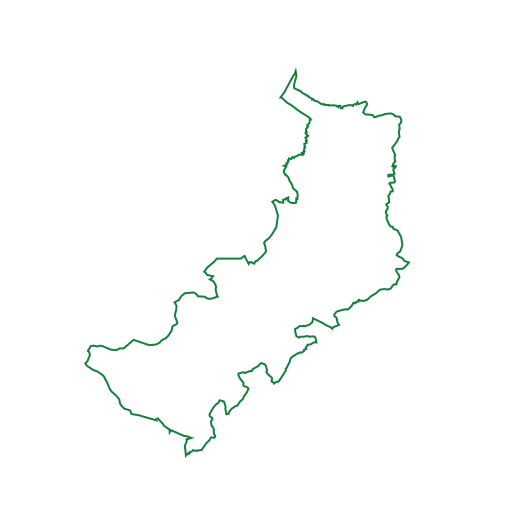 the district of Tequila, Veracruz, Mexico, rotated 319°
{"feature_id": "50627088B92404877637147", "entity_name": "Tequila", "entity_type": "district", "adm_level": 2, "iso_a3": "MEX", "parent_name": "Mexico", "parent_adm1": "Veracruz", "projection": "orthographic", "projection_center": [-97.038, 18.75], "detail": "fine", "context": "isolated", "style": "outline", "palette": "green", "viewbox_px": 512, "rotation_deg": 319, "n_neighbors": 0, "source": "geoboundaries", "source_scale": "gbopen_adm2", "svg_char_len": 6102}
<svg xmlns="http://www.w3.org/2000/svg" viewBox="0 0 512 512"><g transform="rotate(319 256 256)"><path d="M190.8,365.6L203.2,362.1L204.5,360.5L205.4,360.7L207.8,359.7L212.1,357.9L214.2,356.4L216.4,355.8L223.8,356.8L224.2,357.5L226.0,357.6L227.1,358.9L230.1,359.2L230.8,358.3L232.8,359.2L233.4,357.8L236.2,357.3L236.7,356.8L239.1,358.5L243.0,359.1L244.8,360.9L246.9,357.5L247.4,355.3L245.5,353.4L243.2,351.9L242.8,350.7L241.5,349.6L238.9,348.1L236.4,345.9L234.9,345.8L233.9,342.9L236.3,338.3L237.8,336.7L239.9,337.4L242.7,337.4L247.8,341.5L251.1,342.8L254.6,343.0L256.2,342.2L258.1,340.3L262.6,350.9L263.3,353.7L265.3,358.1L265.9,361.0L267.1,360.3L273.5,362.5L274.0,359.5L276.3,355.2L275.7,352.8L276.9,351.4L280.5,350.9L286.3,353.6L289.6,355.7L289.9,356.4L291.5,356.7L295.1,356.5L299.0,355.2L299.6,356.6L300.7,356.4L301.3,356.9L302.0,356.5L303.4,357.5L303.8,356.6L305.1,356.7L305.2,358.1L306.6,359.0L307.3,360.3L311.3,362.0L316.2,361.8L322.6,362.9L325.8,362.7L328.2,363.1L331.4,365.4L333.5,367.8L336.1,368.9L341.2,367.8L343.3,369.5L345.5,367.8L350.1,366.3L351.3,364.6L351.6,361.3L352.4,358.4L353.5,357.9L358.3,361.9L363.9,361.8L367.2,361.2L364.9,357.5L364.9,353.0L363.6,350.9L362.7,347.6L364.3,346.8L367.8,347.1L372.8,344.4L373.9,343.5L378.1,336.7L379.4,330.2L379.3,328.9L377.6,325.8L378.3,323.5L377.1,322.3L376.9,320.7L378.7,314.3L379.9,312.2L381.7,311.7L381.6,310.4L383.0,307.7L386.9,306.3L387.7,305.4L387.7,303.4L388.3,302.5L391.8,302.9L395.5,297.4L398.1,296.8L399.8,295.7L401.4,296.8L401.9,296.7L403.1,294.8L403.3,292.5L404.1,290.5L404.0,289.0L404.6,288.7L405.3,288.8L408.7,291.4L409.9,290.7L411.9,287.0L412.2,285.5L411.6,284.4L408.3,283.2L408.1,282.6L408.8,281.8L409.3,281.6L413.3,284.8L414.5,284.9L416.1,281.0L416.9,280.6L419.3,280.5L420.5,279.9L420.0,278.9L418.0,278.5L417.7,277.9L420.2,276.4L423.3,275.9L423.3,275.2L426.4,271.3L427.2,271.3L429.6,263.8L438.2,261.8L440.8,260.5L442.5,260.2L445.0,256.2L448.1,254.0L450.1,250.9L452.8,250.5L454.8,248.9L455.7,246.4L455.8,245.2L452.7,241.7L452.8,239.5L451.2,236.8L446.6,233.5L444.0,232.7L440.8,230.8L436.6,229.1L436.3,228.9L436.5,226.0L431.5,220.9L431.0,218.0L434.2,216.2L439.4,214.4L440.2,212.3L439.8,211.1L433.1,208.6L433.0,207.7L433.4,206.6L431.2,207.4L431.2,206.7L428.5,205.7L427.6,206.3L426.8,204.6L425.1,203.1L420.6,200.7L419.9,200.4L418.0,201.2L416.9,199.8L418.3,198.2L417.0,196.9L415.7,197.5L415.4,196.7L415.9,196.2L413.8,193.5L409.8,190.2L410.0,189.6L408.8,188.9L407.2,186.6L407.0,187.0L404.7,183.4L403.8,179.6L402.2,177.6L402.1,175.8L401.0,174.9L401.7,174.5L400.3,170.6L400.3,169.5L399.9,169.3L399.7,167.2L398.8,166.1L398.8,165.2L397.9,163.3L397.8,160.7L396.7,159.1L397.0,158.3L396.2,157.5L394.9,154.5L396.9,151.8L404.5,146.8L407.2,142.5L404.3,144.1L401.9,144.6L384.8,151.0L378.4,152.5L379.3,153.4L380.1,161.0L381.6,165.4L383.5,174.6L386.4,184.3L387.3,187.9L386.9,188.8L386.3,188.2L383.3,190.9L380.8,190.7L380.3,192.5L379.1,192.2L378.7,192.9L376.9,193.0L375.9,194.2L375.7,195.7L374.7,195.6L374.7,196.1L373.8,196.2L374.2,199.2L373.4,199.0L373.3,199.6L371.0,199.0L370.1,202.3L369.2,201.8L368.3,203.8L365.9,203.1L364.4,206.1L363.9,205.7L362.2,207.5L361.4,207.6L361.1,209.0L358.8,208.4L359.1,209.3L357.9,209.1L358.9,210.1L357.9,210.5L355.0,207.8L351.9,207.3L350.6,206.5L349.1,207.0L348.3,205.2L346.8,206.0L346.2,205.8L344.9,204.1L344.2,205.1L343.0,204.7L342.8,205.5L342.0,205.5L341.3,206.5L339.8,205.9L339.2,207.2L336.4,206.4L337.4,208.4L333.4,209.7L331.8,211.3L331.8,213.5L331.3,213.7L332.1,216.2L331.8,218.7L330.7,220.9L330.0,226.0L328.4,229.1L329.1,234.4L327.5,237.3L324.6,240.1L324.2,239.1L321.1,242.0L318.8,240.5L317.3,238.8L316.4,235.5L318.8,233.0L316.3,232.1L315.8,232.9L313.5,231.3L311.5,233.6L310.1,231.8L309.1,231.2L308.5,228.5L307.5,226.4L303.9,225.8L303.5,230.1L299.1,239.9L290.3,247.5L283.3,249.9L277.8,251.1L272.7,250.8L270.5,251.6L269.5,254.5L266.5,259.2L261.4,260.1L253.6,260.3L252.2,259.6L249.6,260.6L248.9,259.3L248.7,257.5L247.8,257.4L246.9,256.4L245.3,257.2L246.6,251.1L247.5,249.2L247.3,248.3L242.8,248.0L224.8,232.3L220.4,232.9L212.0,232.7L206.6,233.9L207.0,235.6L206.6,238.0L210.3,243.1L207.7,243.6L205.8,243.4L207.1,246.4L207.2,247.9L206.4,251.6L205.6,253.0L203.6,254.8L201.0,259.5L200.5,261.5L195.7,259.6L192.6,257.7L191.1,255.5L190.8,253.3L185.8,248.4L186.0,245.3L184.9,242.5L177.8,237.4L173.2,237.3L169.1,238.6L164.1,237.6L163.4,241.4L160.4,244.3L155.5,247.8L152.9,254.8L152.5,255.1L150.8,255.3L147.4,254.3L145.9,254.9L143.2,257.0L137.5,258.6L133.5,258.8L131.1,258.0L128.5,257.8L126.9,258.2L124.0,257.7L121.5,256.6L117.0,253.3L108.6,239.0L95.4,238.9L92.6,236.4L88.9,235.4L85.1,231.6L81.0,223.2L79.3,221.2L77.2,220.5L74.4,216.9L72.0,215.6L66.9,217.4L67.1,219.1L65.6,221.8L59.9,224.7L56.7,225.1L56.4,228.1L58.5,235.6L60.6,239.2L62.1,245.1L62.2,247.9L61.6,248.8L60.8,253.3L58.4,260.4L58.1,263.6L59.0,271.1L58.8,274.3L56.5,278.4L56.2,281.5L56.4,284.8L59.4,289.4L59.6,290.3L58.5,292.9L58.6,294.0L62.7,298.7L72.9,314.6L73.1,313.6L75.4,314.1L75.6,322.0L75.1,323.6L76.9,330.2L75.2,332.4L77.6,331.8L83.6,344.5L85.2,346.3L87.9,350.9L83.1,348.8L81.9,350.7L78.6,352.1L76.4,354.2L75.4,356.2L72.1,360.7L74.9,360.4L75.6,361.4L76.1,361.4L76.6,360.4L78.8,361.2L80.5,361.5L81.2,361.2L82.3,363.2L83.5,363.7L84.1,364.8L85.3,365.0L87.6,366.7L95.6,364.7L99.9,364.5L102.3,363.5L103.4,363.6L105.0,365.5L105.8,365.8L107.3,365.0L107.6,362.8L109.2,360.4L110.1,359.7L110.9,357.9L111.3,354.6L113.3,351.5L116.0,350.5L116.7,349.5L116.0,346.6L117.0,345.0L123.3,342.7L127.9,341.8L131.6,342.1L133.4,341.2L134.0,341.2L134.9,342.3L135.4,343.8L136.2,344.3L136.2,345.3L134.0,350.1L133.0,350.7L129.8,356.0L132.0,357.1L133.0,356.1L137.3,355.3L142.4,355.9L143.8,356.7L148.5,355.3L151.9,355.4L154.4,354.2L160.0,352.8L163.5,351.0L163.0,348.6L161.5,346.2L161.6,345.3L163.3,343.5L163.7,337.4L164.6,334.4L165.6,333.2L169.5,335.0L170.7,336.2L170.8,337.0L176.0,338.9L177.0,339.9L178.0,340.0L179.1,339.2L185.5,340.5L189.1,340.0L190.2,340.9L191.6,343.8L191.4,345.2L189.5,349.3L187.9,350.2L187.3,352.8L188.1,357.9L187.9,358.9L186.5,360.1L185.8,360.3L185.5,361.0L186.2,363.0L185.9,364.0L187.9,364.2L190.8,365.6Z" fill="none" stroke="#15803d" stroke-width="2"/></g></svg>